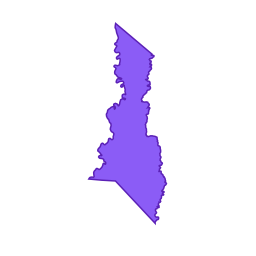 Puerto Leguízamo, Putumayo, Colombia (Robinson projection), rotated 238°
{"feature_id": "7082276B4639527364844", "entity_name": "Puerto Leguízamo", "entity_type": "district", "adm_level": 2, "iso_a3": "COL", "parent_name": "Colombia", "parent_adm1": "Putumayo", "projection": "robinson", "projection_center": [-74.996, 0.082], "detail": "fine", "context": "isolated", "style": "filled", "palette": "violet", "viewbox_px": 256, "rotation_deg": 238, "n_neighbors": 0, "source": "geoboundaries", "source_scale": "gbopen_adm2", "svg_char_len": 5971}
<svg xmlns="http://www.w3.org/2000/svg" viewBox="0 0 256 256"><g transform="rotate(238 128 128)"><path d="M223.2,172.9L221.4,171.3L219.8,170.2L218.1,170.1L214.6,168.8L210.2,167.9L209.5,167.5L208.7,166.9L208.0,165.3L206.9,164.3L206.7,163.4L206.7,162.0L206.4,161.4L205.7,161.1L204.3,161.9L203.6,162.0L203.3,161.8L201.3,158.2L200.8,157.6L199.4,157.4L198.2,157.9L197.8,158.5L197.0,160.3L196.1,160.6L195.3,160.4L194.5,159.8L194.3,156.9L194.0,155.8L193.5,155.3L192.8,155.1L192.1,155.3L191.8,157.1L191.4,157.7L190.7,157.9L190.2,157.6L189.0,156.8L187.0,154.9L186.4,154.7L186.1,154.4L186.3,152.2L187.8,150.8L188.2,150.2L188.0,149.0L187.8,148.8L187.1,148.7L185.9,149.3L185.0,149.4L184.4,148.9L183.3,147.1L182.7,146.5L181.8,145.9L180.7,145.6L179.4,146.1L176.8,146.3L175.7,146.9L174.6,148.0L173.7,148.6L173.2,148.7L173.0,148.4L173.1,147.7L174.8,146.2L175.1,145.6L175.1,144.8L174.7,143.9L174.0,143.0L173.2,142.3L172.5,142.3L172.0,142.9L171.8,145.7L170.8,147.8L170.1,148.5L169.0,148.5L168.4,148.2L168.0,147.5L168.2,145.3L167.8,144.5L167.2,143.9L166.2,144.0L165.9,144.5L165.9,145.2L166.8,146.5L166.6,147.2L166.1,147.4L165.1,146.8L162.3,146.1L160.6,144.8L157.8,143.9L157.7,143.5L158.7,142.8L159.0,142.3L159.1,141.5L159.1,140.9L158.6,140.3L157.9,139.8L156.8,139.3L156.5,139.3L154.6,141.2L154.1,141.3L153.7,140.8L153.7,140.3L154.0,140.0L155.0,139.6L155.4,139.2L155.8,138.1L155.8,136.7L154.1,134.7L152.7,133.5L151.9,132.3L151.8,131.8L152.1,131.5L153.5,131.7L154.3,131.4L155.6,130.3L155.8,128.8L155.6,128.4L154.6,127.9L152.9,128.3L152.3,128.2L151.4,127.6L151.1,126.7L151.6,126.5L152.4,127.2L153.0,127.4L153.8,127.0L154.2,126.4L154.5,124.7L154.2,123.3L154.2,121.6L153.8,120.2L151.9,118.4L151.6,117.5L150.9,116.8L149.2,116.0L146.6,115.7L145.9,116.1L145.5,116.1L142.6,115.4L141.7,115.5L141.2,115.8L140.6,115.7L138.9,114.9L137.3,113.1L136.3,112.3L134.4,112.0L133.3,112.2L132.1,112.9L130.8,113.0L130.1,112.6L128.4,110.7L127.1,110.1L126.6,109.3L126.5,108.4L126.9,107.9L128.6,107.4L129.0,106.8L129.1,106.2L128.7,105.5L127.4,104.4L126.8,103.6L126.4,102.6L126.3,101.2L126.0,99.8L126.1,99.5L126.6,99.0L128.1,98.7L128.7,98.2L128.8,97.4L128.5,96.5L126.9,94.6L126.3,92.4L125.9,91.4L125.3,90.7L124.6,90.3L124.3,90.3L123.7,90.7L122.6,90.8L121.5,91.1L120.3,91.1L119.1,91.4L118.7,91.3L118.6,90.9L119.4,90.0L119.6,89.0L119.5,88.3L119.0,87.7L118.1,87.7L117.5,87.9L117.1,88.2L115.6,90.0L114.6,90.6L114.1,90.7L112.9,90.1L112.4,90.1L111.2,90.8L110.7,90.8L110.1,90.5L109.4,90.0L109.3,89.7L109.5,89.3L110.8,89.0L111.0,88.7L111.0,88.4L110.7,87.7L109.8,86.9L108.8,85.5L108.3,84.1L107.9,82.1L108.2,81.4L109.8,80.6L110.3,79.9L110.3,79.4L109.9,78.8L109.2,76.3L108.3,75.2L106.1,74.1L105.0,73.7L104.6,73.2L104.6,72.5L105.6,71.3L106.2,69.8L106.1,68.9L105.5,67.7L97.8,77.9L89.7,89.3L32.8,100.5L33.7,101.0L34.1,101.6L34.8,103.8L34.5,104.9L34.6,105.5L35.4,106.3L36.1,106.5L36.7,106.2L37.3,104.9L37.9,104.5L38.4,104.3L39.5,104.4L40.3,105.0L40.6,105.8L40.6,106.4L41.0,107.3L41.7,107.5L42.4,107.3L44.0,107.8L44.5,108.5L44.5,109.1L44.2,109.6L44.8,110.8L45.1,111.1L45.9,111.1L46.0,111.5L45.9,111.7L44.5,111.5L44.3,111.6L44.2,112.1L44.4,112.5L45.0,112.6L45.4,113.0L47.3,113.3L47.6,113.5L48.1,114.7L48.6,115.0L48.2,115.3L48.0,115.9L48.5,116.9L49.7,117.0L50.2,117.3L50.5,117.7L50.6,118.7L50.8,119.0L52.0,120.1L52.8,120.3L53.0,120.6L53.1,121.3L52.4,122.2L52.5,122.9L53.0,123.0L53.9,122.5L54.4,122.6L54.6,123.1L54.4,124.4L54.9,124.8L55.4,124.6L55.6,124.3L55.7,123.7L56.3,123.2L56.8,123.4L57.6,125.9L59.6,128.2L59.8,128.6L59.7,129.6L59.9,130.0L60.3,130.9L60.7,131.3L61.3,131.2L62.3,130.6L62.8,130.9L63.0,131.8L64.1,132.0L65.1,132.5L66.3,132.7L67.4,132.4L67.6,132.6L67.7,132.4L68.3,132.6L69.0,132.4L69.9,132.8L70.3,132.6L71.0,132.5L71.7,132.0L73.7,133.1L74.4,132.5L74.6,131.3L74.9,131.3L75.3,132.1L75.9,132.5L76.1,132.8L76.5,132.9L76.8,134.2L77.1,134.6L77.7,134.7L78.8,134.3L79.4,134.4L79.4,135.4L78.8,136.7L79.7,138.3L80.4,138.5L81.7,138.0L82.8,138.3L83.6,138.1L84.7,138.9L85.4,140.1L85.8,140.5L86.1,140.6L87.7,140.5L88.8,141.2L89.4,141.3L90.1,142.7L90.7,143.2L91.9,143.9L94.1,144.7L94.5,145.1L95.2,145.2L95.9,145.1L97.1,144.2L97.8,144.3L99.5,145.7L101.2,145.8L101.4,146.3L101.9,146.5L102.7,146.6L104.6,147.6L105.1,147.6L105.7,147.0L106.6,146.5L107.4,145.5L108.7,144.2L109.0,143.5L109.4,143.0L109.8,140.9L110.1,140.6L110.7,139.8L111.0,140.0L112.0,139.6L112.5,139.7L112.8,140.0L113.3,139.9L114.0,140.6L114.1,141.0L115.3,142.0L116.2,142.3L117.4,143.1L119.1,143.3L120.7,144.3L121.7,144.5L122.3,145.6L123.0,146.2L123.0,146.7L123.2,147.2L123.8,147.8L124.4,148.0L125.9,149.5L127.7,150.2L128.6,150.1L129.5,150.4L129.7,151.3L129.2,152.3L129.5,153.1L130.8,153.9L131.3,154.6L132.0,154.8L132.0,155.2L132.7,156.1L133.0,156.3L133.0,156.6L133.3,157.1L133.7,157.1L134.1,156.9L134.7,155.6L134.8,156.1L135.2,156.1L136.0,157.9L136.9,158.6L137.2,158.6L137.8,158.2L139.4,158.4L139.7,158.0L140.1,157.8L140.8,156.6L141.1,155.8L143.2,153.7L143.4,153.8L143.5,154.3L143.9,154.5L144.4,154.4L145.0,154.5L145.9,155.3L145.9,155.9L146.2,157.0L147.0,157.2L147.3,157.9L147.5,159.0L147.8,159.5L147.8,161.0L148.2,161.9L148.1,162.4L149.6,164.0L149.6,164.8L149.1,166.4L149.3,167.2L150.0,168.3L151.3,168.7L152.0,168.6L152.2,168.4L152.2,168.0L152.4,167.4L153.0,166.8L153.5,166.7L153.7,167.0L153.7,167.8L153.6,168.5L153.0,169.2L153.1,169.6L153.2,169.8L154.0,170.0L154.3,170.5L155.8,170.9L156.4,170.7L157.3,169.8L157.5,169.4L158.6,169.2L159.6,168.7L159.7,169.0L159.0,170.4L159.2,171.2L159.8,171.6L161.2,171.6L162.0,172.1L162.4,172.7L162.4,173.7L162.6,174.3L163.2,174.6L164.0,174.8L164.6,175.2L164.8,176.6L165.2,177.3L165.6,179.0L166.2,179.6L167.6,179.9L168.2,179.1L168.6,180.3L168.5,180.6L168.4,180.6L168.4,180.9L169.4,181.6L170.1,181.3L170.3,180.3L171.1,180.6L171.3,180.8L171.3,182.1L172.3,183.0L172.7,183.0L173.4,182.2L173.9,182.4L174.8,182.4L174.8,182.9L175.2,183.1L174.8,184.5L174.5,185.0L174.5,185.8L174.9,187.2L174.8,187.7L175.3,188.2L175.7,188.3L176.1,188.0L177.3,186.4L177.6,186.5L177.9,187.5L223.2,172.9Z" fill="#8b5cf6" stroke="#5b21b6" stroke-width="1.5"/></g></svg>